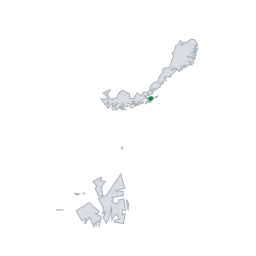 Hadsel nor, Nordland, Norway (highlighted), rotated 198°
{"feature_id": "86288312B40270143357623", "entity_name": "Hadsel nor", "entity_type": "district", "adm_level": 2, "iso_a3": "NOR", "parent_name": "Norway", "parent_adm1": "Nordland", "projection": "mercator", "projection_center": [15.018, 68.501], "detail": "fine", "context": "in_parent", "style": "filled", "palette": "green", "viewbox_px": 256, "rotation_deg": 198, "n_neighbors": 0, "source": "geoboundaries", "source_scale": "gbopen_adm2", "svg_char_len": 5688}
<svg xmlns="http://www.w3.org/2000/svg" viewBox="0 0 256 256"><g transform="rotate(198 128 128)"><path d="M135.0,156.6L130.7,158.7L131.4,160.1L130.2,164.1L125.3,162.5L124.2,167.2L120.8,167.7L118.9,171.4L119.7,174.2L117.0,179.8L114.2,181.1L114.0,187.0L111.6,192.1L112.8,192.9L112.8,195.4L107.2,198.7L107.1,210.8L109.3,213.1L107.6,215.2L108.1,220.6L105.7,223.6L105.6,227.5L103.2,226.0L102.5,222.6L101.3,227.0L99.5,226.4L95.4,231.9L91.9,232.6L87.5,228.6L87.8,227.0L89.2,227.8L90.0,227.1L88.6,226.5L90.1,223.8L86.4,225.8L86.9,223.4L89.6,222.3L88.2,222.1L89.4,219.9L91.9,218.2L89.4,219.2L86.4,223.4L86.6,220.7L88.0,220.5L86.4,218.6L87.9,217.1L86.3,217.5L86.0,215.0L92.0,215.5L93.7,214.0L86.3,214.1L87.0,212.3L85.8,209.8L89.0,210.4L91.1,209.9L86.4,208.0L95.1,204.4L91.1,204.5L93.6,202.0L96.7,203.7L95.3,201.6L96.6,198.7L103.0,199.6L105.1,196.0L100.9,199.3L99.5,198.0L105.2,189.3L108.2,188.5L109.4,186.8L107.1,187.2L109.7,182.4L109.0,181.3L112.7,179.9L110.0,180.4L110.3,177.3L112.9,173.7L116.8,173.1L113.9,172.6L115.4,170.2L117.3,172.0L117.6,170.6L115.0,168.4L118.5,165.1L119.4,167.8L119.1,164.4L123.1,163.5L120.0,162.7L124.7,157.5L125.2,154.9L127.0,156.2L126.2,154.7L129.4,152.1L129.3,155.3L131.3,150.9L130.6,156.0L132.5,154.5L132.2,151.1L136.2,151.8L134.3,148.4L138.3,147.1L140.2,150.5L144.4,141.5L147.4,143.2L145.2,149.5L149.6,142.3L149.8,146.8L151.0,145.9L152.8,140.7L155.1,141.8L153.7,144.4L154.8,144.5L154.5,148.2L156.4,142.8L162.7,147.4L156.3,149.1L159.0,152.6L162.6,153.4L156.8,158.7L157.9,154.9L157.3,153.2L153.2,149.8L148.3,153.0L147.3,158.9L144.9,162.2L137.4,161.1L135.0,156.6ZM119.2,30.9L123.9,35.1L123.4,41.9L125.6,38.3L126.4,43.9L134.4,51.9L127.8,57.3L120.6,81.9L112.6,69.6L121.2,64.2L112.9,66.0L111.6,62.4L122.0,56.8L119.8,55.5L120.8,53.1L114.6,52.2L114.5,56.8L110.1,59.4L104.8,48.7L107.9,48.7L106.6,43.4L104.3,45.9L102.8,35.8L111.7,34.1L112.4,35.7L108.3,38.9L112.5,42.6L115.0,35.7L119.5,48.3L118.0,36.6L119.2,30.9ZM129.5,23.4L137.1,30.9L139.2,23.5L140.1,24.3L139.5,28.5L143.3,25.6L151.6,33.3L142.0,44.9L130.7,40.2L129.4,38.6L132.6,36.0L126.6,35.8L125.2,32.9L126.9,31.1L124.2,29.3L128.4,29.7L127.9,26.0L129.6,27.8L129.5,23.4ZM135.1,54.1L140.5,60.7L139.5,62.9L144.8,66.2L138.6,72.8L137.5,72.3L138.3,69.0L133.1,70.3L135.2,63.9L131.0,55.9L135.1,54.1ZM117.8,162.4L120.1,161.2L113.4,165.4L116.8,162.0L117.0,158.5L118.9,156.6L117.8,162.4ZM121.5,155.8L124.6,155.5L120.9,158.3L121.5,155.8ZM124.6,153.8L129.2,150.2L126.7,154.0L124.6,153.8ZM102.4,49.5L106.2,56.5L107.0,59.5L104.1,56.1L102.4,49.5ZM115.7,158.8L116.2,162.0L113.7,161.2L115.7,158.8ZM140.5,143.2L138.7,145.7L136.2,144.6L139.1,144.1L140.5,143.2ZM140.8,145.0L140.0,147.8L138.9,147.0L140.8,145.0ZM110.5,165.6L112.9,164.9L110.3,166.9L110.5,165.6ZM170.4,28.3L164.3,29.9L170.6,28.0L170.4,28.3ZM155.5,48.5L159.0,49.4L153.6,50.2L155.5,48.5ZM146.0,141.2L147.9,140.6L148.5,141.2L146.0,141.2ZM142.0,144.2L141.6,145.8L141.1,144.5L142.0,144.2ZM132.3,148.4L132.2,149.9L131.5,149.4L132.3,148.4ZM127.9,106.3L127.7,108.2L126.8,106.7L127.9,106.3ZM151.0,52.6L149.4,52.2L149.3,51.3L151.0,52.6ZM103.8,189.3L104.3,190.3L103.0,190.1L103.8,189.3ZM129.1,148.1L130.1,148.6L130.6,149.5L129.1,148.1ZM125.3,25.5L126.0,27.5L124.9,26.8L125.3,25.5ZM97.2,198.0L95.7,198.1L97.3,197.6L97.2,198.0ZM95.1,199.6L94.5,200.3L94.3,199.9L95.1,199.6ZM109.9,167.2L109.1,168.3L110.0,166.5L109.9,167.2ZM86.1,218.9L86.0,220.1L85.9,218.6L86.1,218.9ZM108.4,181.5L108.0,180.7L108.5,180.7L108.4,181.5ZM159.4,151.2L159.2,152.4L159.1,152.2L159.4,151.2ZM108.8,182.3L108.0,182.5L109.0,182.1L108.8,182.3ZM106.3,184.2L106.4,185.0L106.0,184.7L106.3,184.2ZM85.7,214.0L85.4,214.7L85.5,214.2L85.7,214.0Z" fill="#d9dde1" stroke="#a8b0b8" stroke-width="1"/><path d="M115.0,164.3L115.4,164.3L115.4,164.2L115.5,164.0L115.4,164.0L115.5,164.0L115.6,163.9L115.6,164.0L115.7,163.9L115.8,163.8L115.8,163.7L116.0,163.5L116.0,163.4L116.1,163.2L115.7,163.2L115.7,163.3L115.4,163.3L115.2,163.3L115.3,163.3L115.2,163.4L115.2,163.5L115.2,163.8L115.1,163.7L115.1,163.8L114.9,164.0L114.9,163.9L115.0,163.9L115.0,163.7L115.0,163.4L115.0,163.5L114.8,163.4L114.7,163.4L114.7,163.5L114.7,163.8L114.6,163.7L114.5,163.4L114.4,163.4L114.4,163.5L114.2,163.5L114.3,163.6L114.2,163.7L114.3,163.7L114.2,163.7L114.3,163.7L114.3,163.8L114.3,164.0L114.5,164.1L114.7,163.9L114.8,164.0L115.0,164.1L115.0,164.3ZM116.0,164.1L115.9,164.0L115.9,163.9L116.1,163.8L116.1,163.7L116.2,163.8L116.3,163.7L116.4,163.4L116.5,163.4L116.8,163.4L116.8,163.1L116.7,163.1L116.8,163.0L116.7,163.0L116.8,162.9L116.7,162.7L116.8,162.7L116.7,162.5L116.6,162.4L116.4,162.3L116.2,162.3L116.1,162.5L116.3,162.7L116.4,162.8L116.5,162.9L116.6,163.0L116.5,162.9L116.5,163.0L116.5,162.9L116.4,162.9L116.3,162.7L116.3,162.8L116.2,162.8L116.3,162.9L116.2,162.9L116.2,163.0L116.3,163.0L116.5,163.2L116.4,163.1L116.2,163.2L116.1,163.3L116.0,163.5L115.9,163.7L115.9,163.8L115.7,164.0L115.8,164.0L115.7,164.0L115.8,164.1L115.7,164.1L115.7,164.3L115.7,164.2L115.8,164.2L116.0,164.1ZM114.7,162.2L114.5,162.3L114.4,162.3L114.5,162.3L114.4,162.4L114.4,162.5L114.5,162.5L114.7,162.8L114.8,162.8L114.7,162.8L114.8,162.9L114.7,162.9L114.7,163.0L114.8,163.0L114.8,162.9L115.0,163.0L115.0,162.9L115.0,163.0L115.0,162.9L115.3,162.9L115.4,162.7L115.5,162.7L115.5,162.4L115.4,162.5L115.3,162.4L115.2,162.4L114.9,162.3L114.7,162.3L114.7,162.2ZM115.7,161.5L115.4,161.6L115.1,161.7L115.0,161.8L114.9,161.8L115.0,161.8L115.0,162.0L115.3,162.2L115.6,162.2L115.5,162.3L115.6,162.2L115.6,162.3L115.7,162.2L115.8,162.1L116.0,162.0L116.1,161.9L116.0,161.7L115.9,161.6L115.8,161.8L115.7,161.8L115.7,161.7L115.7,161.5ZM116.1,163.0L115.9,163.0L116.0,163.1L116.1,163.0ZM115.4,162.3L115.5,162.4L115.4,162.4L115.4,162.3Z" fill="#22c55e" stroke="#15803d" stroke-width="1.5"/></g></svg>